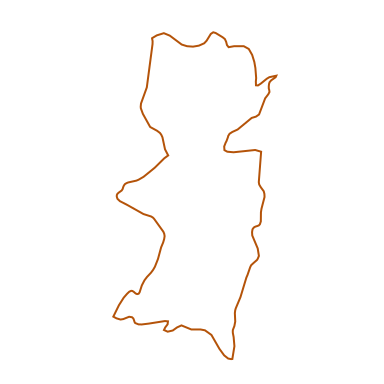 map outline of Bhojpur (orthographic projection), rotated 187°
{"feature_id": "NPL-1134", "entity_name": "Bhojpur", "entity_type": "District", "adm_level": 1, "iso_a3": "NPL", "parent_name": "Nepal", "parent_adm1": "", "projection": "orthographic", "projection_center": [87.293, 27.148], "detail": "fine", "context": "isolated", "style": "outline", "palette": "amber", "viewbox_px": 384, "rotation_deg": 187, "n_neighbors": 0, "source": "natural_earth", "source_scale": "10m", "svg_char_len": 2436}
<svg xmlns="http://www.w3.org/2000/svg" viewBox="0 0 384 384"><g transform="rotate(187 192 192)"><path d="M132.8,30.9L135.8,31.1L140.2,33.8L145.7,39.7L155.3,52.5L162.3,56.3L166.9,56.6L176.0,55.5L186.2,58.3L190.3,55.8L194.2,52.2L199.1,50.4L203.0,51.6L202.1,54.3L200.1,57.7L200.1,60.7L203.2,60.6L218.9,56.1L225.8,54.4L228.9,54.1L232.4,55.0L233.2,56.0L233.9,57.6L234.8,59.3L236.3,60.4L239.2,60.5L244.7,57.5L247.4,56.7L251.6,57.4L254.9,58.7L250.7,70.8L246.9,78.8L244.0,83.1L242.1,85.4L240.3,86.5L239.1,86.5L237.6,85.8L236.5,85.0L235.3,84.3L234.0,84.0L232.6,84.5L231.8,86.0L230.4,93.2L228.4,98.6L226.3,102.2L223.0,106.7L221.1,110.0L219.7,113.3L217.6,121.4L215.9,133.3L214.5,138.3L213.9,141.9L213.8,144.9L214.5,147.2L215.6,149.1L226.3,160.7L227.6,161.8L229.5,162.7L237.5,164.2L254.8,171.3L262.4,174.1L265.1,176.1L265.8,177.5L266.2,178.7L266.2,180.0L265.8,181.1L264.7,182.4L262.0,184.9L261.2,186.5L260.9,188.4L260.4,190.1L259.5,191.7L258.1,192.8L256.5,193.7L248.6,196.5L246.5,197.7L241.9,201.2L231.9,211.6L223.6,222.1L220.1,225.4L224.0,231.1L228.0,242.7L229.5,245.1L231.0,246.7L234.1,248.5L241.1,251.3L241.5,251.5L250.3,263.6L253.0,268.9L253.3,270.4L253.4,273.6L249.6,290.3L249.2,334.0L249.5,337.0L250.4,339.7L250.4,339.8L246.0,343.2L239.3,346.2L233.1,344.5L220.2,337.1L214.7,336.1L208.7,336.4L203.0,338.1L198.0,341.1L195.9,344.0L192.6,351.2L190.4,353.1L187.9,352.7L180.4,349.3L178.0,347.8L176.4,345.2L175.2,342.1L173.3,340.2L167.8,341.9L158.3,343.0L153.1,340.9L149.0,335.4L146.0,328.7L144.2,322.8L142.2,312.9L142.1,309.5L141.5,305.7L139.5,305.8L136.9,308.0L131.5,313.6L129.2,315.4L122.5,317.7L123.0,316.1L127.0,312.5L128.4,310.4L128.7,308.7L128.7,306.4L128.4,304.1L127.8,302.7L127.3,300.7L128.2,298.3L130.8,293.9L134.9,277.1L137.7,274.6L141.8,272.8L154.3,259.6L159.3,256.5L161.8,254.4L162.9,252.0L163.0,250.8L164.0,246.6L164.6,245.1L165.6,241.1L164.9,237.5L161.9,236.3L155.6,236.5L134.4,241.4L128.3,240.4L126.9,209.9L126.2,207.6L124.3,205.1L120.9,201.5L119.9,198.9L119.4,195.9L121.0,183.8L121.1,180.2L120.1,171.2L120.7,168.2L121.6,167.0L123.0,166.2L124.6,165.5L125.9,164.7L126.8,163.5L127.4,162.3L127.5,159.5L126.9,156.2L119.9,144.0L117.8,136.7L118.6,133.8L119.1,132.6L122.3,129.0L124.4,126.5L125.1,124.4L126.8,116.4L127.6,113.7L131.1,93.5L134.4,81.8L134.7,79.8L134.7,77.0L133.3,68.7L133.6,64.1L134.6,60.2L134.6,59.1L134.3,57.1L133.0,53.1L131.1,44.1L131.6,31.5L131.6,31.2L132.8,30.9Z" fill="none" stroke="#b45309" stroke-width="2"/></g></svg>